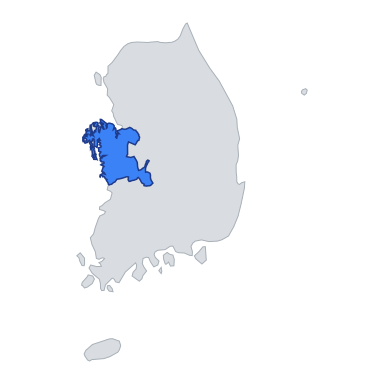 where South Chungcheong sits in South Korea
{"feature_id": "KOR-2502", "entity_name": "South Chungcheong", "entity_type": "Province", "adm_level": 1, "iso_a3": "KOR", "parent_name": "South Korea", "parent_adm1": "", "projection": "equal_earth", "projection_center": [126.614, 36.518], "detail": "fine", "context": "in_parent", "style": "filled", "palette": "blue", "viewbox_px": 384, "rotation_deg": 0, "n_neighbors": 0, "source": "natural_earth", "source_scale": "10m", "svg_char_len": 8959}
<svg xmlns="http://www.w3.org/2000/svg" viewBox="0 0 384 384"><path d="M106.5,74.6L107.9,73.5L108.0,71.8L108.0,66.3L112.1,62.5L117.9,54.7L120.7,50.4L123.9,46.5L127.7,43.8L131.4,42.5L137.1,42.0L148.2,42.5L150.4,42.1L158.1,41.6L159.9,42.4L165.5,42.8L171.8,42.3L174.9,41.1L177.8,39.2L180.3,35.7L182.8,29.1L185.6,24.0L187.2,23.0L198.8,50.4L209.8,68.2L219.2,81.0L232.7,105.9L236.8,119.2L237.3,127.4L239.6,138.8L237.8,145.3L238.5,155.6L237.7,160.9L236.1,164.8L236.2,172.3L236.7,176.3L236.8,181.7L237.9,183.7L239.4,184.5L241.8,182.6L244.8,181.8L244.4,188.2L241.0,204.4L238.0,216.3L233.8,226.6L228.5,236.0L222.0,239.7L217.5,241.1L208.8,241.6L201.5,239.9L195.3,241.1L192.8,243.1L191.0,246.5L192.4,251.7L192.2,255.6L189.6,255.3L184.3,253.0L178.4,252.7L175.7,251.6L172.9,246.1L170.1,246.3L165.2,249.6L157.7,250.3L155.0,252.1L154.1,254.4L155.2,257.3L159.0,261.1L157.8,265.0L153.8,266.9L150.6,262.1L148.6,257.5L146.4,257.2L143.0,258.5L142.3,263.6L143.9,267.0L146.6,271.0L142.9,275.6L141.9,278.8L139.3,281.2L132.1,276.0L133.1,272.3L136.2,268.7L136.6,265.0L135.6,262.8L125.3,272.1L119.0,282.7L115.6,281.9L114.2,279.2L112.2,278.1L105.4,284.9L104.1,290.4L101.6,290.6L100.5,288.3L100.4,283.4L99.3,279.2L92.2,273.2L89.0,268.0L90.7,265.0L96.6,266.6L101.3,266.4L100.4,263.9L98.9,262.7L102.0,261.3L104.6,258.5L102.4,257.7L99.1,259.3L96.4,258.5L95.3,251.7L92.0,244.6L90.3,237.8L93.6,233.8L95.2,227.7L98.3,218.9L99.8,216.0L104.1,214.0L105.6,211.7L103.2,210.5L99.5,209.5L99.6,206.9L102.2,205.5L105.0,202.7L110.4,199.3L112.1,192.9L110.5,191.3L107.1,189.8L107.9,186.5L109.3,184.0L108.8,182.6L104.8,178.4L102.1,174.6L102.9,170.2L102.3,163.7L102.6,158.2L102.5,155.2L100.5,148.5L99.6,141.8L97.1,142.8L95.0,144.4L87.6,142.1L85.2,141.9L84.3,137.0L87.0,130.8L93.3,125.4L96.9,124.8L99.6,122.4L103.9,121.6L109.0,125.3L113.5,126.0L116.1,132.4L117.6,133.7L118.0,131.4L121.7,128.6L122.5,126.6L121.7,125.5L117.5,124.3L113.7,116.5L113.1,113.1L111.7,110.9L113.8,104.6L109.4,97.5L107.2,95.2L107.6,88.8L105.3,84.7L104.0,82.5L103.2,78.6L103.9,76.9L105.9,76.2L106.5,74.6ZM91.8,359.6L89.7,361.0L87.7,360.1L87.2,359.5L84.8,355.8L84.1,353.9L85.8,350.4L92.4,344.5L109.4,338.9L112.5,338.7L119.3,341.1L120.7,345.6L119.5,349.5L117.9,352.1L110.1,356.5L104.0,358.6L91.8,359.6ZM206.3,260.1L201.9,264.0L195.8,258.8L194.4,255.9L198.9,251.7L202.8,246.9L205.3,246.6L206.3,260.1ZM174.3,259.6L173.9,265.8L170.5,266.1L168.5,262.1L166.4,264.1L165.3,264.1L163.6,259.2L163.3,255.3L167.2,252.4L169.6,254.2L173.0,255.1L174.3,259.6ZM87.5,287.0L84.5,288.0L82.7,285.8L81.6,285.2L82.2,282.4L87.2,276.8L88.2,274.9L92.7,276.0L94.4,279.0L92.3,283.5L87.5,287.0ZM101.2,77.4L101.0,85.5L98.4,85.2L96.7,84.4L95.9,82.8L94.2,75.2L96.1,72.1L99.9,74.6L101.2,77.4ZM84.6,264.3L84.0,265.8L81.9,265.4L79.8,261.1L78.9,257.6L76.8,255.8L80.2,252.8L84.5,258.1L84.6,264.3ZM96.3,154.3L95.7,158.3L92.6,155.6L91.7,146.8L94.9,149.4L96.3,154.3ZM306.4,93.3L304.3,95.1L301.7,93.3L301.4,91.4L302.7,89.7L305.7,88.7L307.2,90.1L306.4,93.3ZM112.2,288.7L113.0,291.7L109.1,291.1L107.1,288.2L107.4,285.8L109.6,285.4L112.2,288.7ZM161.8,271.6L161.2,273.6L158.8,270.6L161.2,267.4L161.8,271.6Z" fill="#d9dde1" stroke="#a8b0b8" stroke-width="1"/><path d="M114.9,182.0L113.9,182.3L113.0,183.0L112.2,183.8L111.3,184.3L110.2,184.5L109.2,184.9L108.5,184.5L108.3,184.1L108.2,183.5L108.0,182.8L107.6,182.1L106.8,181.0L106.4,180.2L107.0,179.6L106.7,179.3L105.5,178.8L104.4,176.8L103.6,176.4L102.9,176.8L102.7,176.8L102.6,176.1L101.6,175.4L100.6,175.5L100.4,176.7L100.2,177.1L99.9,176.8L100.1,175.0L101.7,174.1L103.1,173.6L105.1,174.2L104.4,173.0L104.0,172.5L103.4,172.1L103.1,172.0L102.7,172.3L102.5,172.1L102.1,171.7L101.8,171.2L102.8,168.3L103.4,167.1L104.1,166.6L103.6,165.9L101.6,165.2L100.8,164.8L101.6,164.1L103.6,163.6L104.1,163.0L103.8,162.1L103.0,161.9L101.5,161.9L101.2,161.7L100.6,161.0L100.2,160.6L100.2,160.2L100.8,160.2L100.1,158.8L101.0,158.3L102.0,158.0L102.9,156.6L104.8,156.0L105.7,155.5L103.0,155.5L102.3,155.9L101.3,157.5L100.6,157.6L100.1,157.0L99.7,155.9L99.4,154.7L99.4,154.0L100.4,152.8L100.9,152.0L100.7,151.7L99.8,152.0L99.4,151.6L99.0,151.4L98.8,151.3L98.6,150.8L98.8,150.2L98.8,149.7L98.5,148.6L98.2,148.1L98.2,147.9L98.9,147.8L99.8,147.4L100.8,147.4L100.9,146.7L101.1,146.0L100.8,145.5L100.2,145.3L99.4,144.5L99.9,143.8L100.6,143.2L100.1,142.4L99.0,142.2L98.8,141.1L99.1,140.4L100.2,140.2L99.6,139.4L99.4,139.0L99.3,138.5L98.9,138.8L98.2,139.6L97.5,140.0L97.3,140.4L97.3,140.8L97.7,141.4L97.7,142.4L97.4,143.6L97.6,145.3L97.1,146.6L96.7,147.2L95.8,146.5L94.9,146.4L94.0,145.8L94.2,142.5L94.5,141.3L93.9,141.0L94.1,139.4L93.6,138.8L92.9,138.9L92.4,139.7L92.3,140.7L92.0,141.4L90.9,141.5L91.3,142.4L92.2,143.9L92.5,144.9L92.0,145.3L92.1,145.9L92.8,147.0L92.1,147.1L91.5,147.5L91.0,148.0L90.6,148.7L90.6,148.2L90.6,147.8L90.4,147.4L90.3,147.0L90.9,145.5L89.6,143.1L90.0,141.9L89.6,140.2L88.8,140.7L87.5,142.4L86.6,142.7L86.1,142.8L85.6,143.0L85.1,143.1L84.5,142.7L84.2,141.9L84.1,141.3L84.4,141.0L86.3,141.0L86.8,140.7L86.8,139.8L86.3,138.8L85.5,138.4L84.8,138.2L84.2,137.6L83.9,138.4L83.8,139.9L83.5,140.6L83.0,141.2L82.8,140.7L82.9,139.1L82.8,137.6L82.9,137.2L84.1,135.6L84.4,135.0L84.5,134.2L84.7,134.8L84.9,135.4L85.1,135.9L85.5,136.4L85.7,136.1L86.0,136.2L86.8,136.4L86.3,135.6L85.8,134.7L87.1,135.1L87.7,135.0L88.0,134.2L86.8,134.1L86.1,133.8L86.0,133.0L86.8,131.7L85.7,130.8L85.8,129.9L86.6,129.2L87.8,128.8L87.5,130.3L87.6,130.7L88.2,130.8L89.4,130.8L89.7,130.6L90.0,130.0L90.1,128.6L90.0,126.8L90.2,125.2L91.3,124.9L91.1,125.7L91.2,127.1L91.4,128.4L91.9,130.1L91.7,130.6L91.2,131.2L90.9,131.7L90.9,132.3L91.2,133.2L91.3,133.4L91.0,133.7L90.0,134.5L90.0,135.0L90.2,135.6L90.4,135.9L90.8,135.7L91.6,134.9L92.1,134.9L93.5,135.9L92.5,133.7L92.2,132.3L92.7,131.7L93.4,132.7L93.9,133.0L94.1,132.4L94.3,132.1L94.8,131.9L95.7,131.7L95.7,131.3L95.4,131.2L94.5,130.8L94.5,130.5L95.6,130.2L96.3,129.0L96.4,127.6L96.1,126.6L95.7,126.5L94.4,126.5L93.8,126.2L93.4,125.6L93.2,125.0L93.5,124.8L94.1,125.3L94.4,124.4L94.1,123.8L93.4,123.6L92.5,123.7L92.9,123.2L93.3,122.8L93.8,122.7L94.3,123.0L94.7,123.4L95.1,123.5L95.3,123.3L95.1,122.8L95.1,122.4L96.8,122.3L97.7,122.6L98.0,123.4L97.8,124.0L97.3,124.5L97.1,125.2L97.3,126.2L97.8,125.8L98.3,125.5L98.7,125.5L98.9,126.0L99.0,126.4L99.2,126.8L99.3,127.2L98.8,127.9L98.6,128.3L98.6,131.1L98.8,131.9L99.1,132.4L99.5,132.6L99.6,132.4L99.8,130.8L100.7,127.9L100.9,126.4L101.1,126.1L101.7,126.5L102.5,127.4L102.8,128.1L103.1,128.7L103.4,129.1L104.1,129.1L104.1,128.8L103.7,128.3L103.3,127.0L103.0,126.4L100.1,123.2L99.9,123.0L100.1,122.4L100.5,122.4L100.9,122.9L101.7,123.9L102.1,124.3L102.6,124.5L103.2,124.5L103.6,124.2L103.6,123.8L103.3,123.4L102.7,123.2L101.8,122.8L100.8,121.8L100.4,120.4L100.3,119.4L101.1,119.4L101.9,119.8L102.5,120.4L104.4,121.8L104.7,122.2L105.4,122.7L106.1,123.1L106.6,123.9L106.4,124.8L105.9,125.3L106.0,125.8L106.5,126.7L106.5,127.3L106.4,128.3L106.9,127.9L107.1,127.5L107.2,127.0L107.0,125.4L107.2,124.9L107.9,123.5L108.7,123.2L109.4,123.2L110.3,123.3L111.1,123.6L112.3,123.9L113.1,124.5L114.1,125.6L114.2,126.9L113.4,129.6L114.0,129.2L114.9,128.0L115.3,127.9L115.7,128.4L115.9,129.3L116.0,131.1L115.9,131.5L115.7,132.3L115.7,132.8L115.8,133.3L116.2,134.0L116.6,136.0L116.4,136.5L115.7,136.8L115.8,137.3L116.0,137.6L116.3,137.9L116.7,138.1L116.9,136.7L117.4,135.9L117.6,135.0L117.2,133.4L118.2,133.7L119.2,133.8L117.6,131.9L117.1,130.9L118.0,130.5L118.9,130.3L120.9,129.4L121.8,128.7L124.0,129.2L125.9,129.2L129.8,127.4L131.8,128.4L133.6,130.0L135.8,130.3L136.2,131.2L136.7,131.9L137.4,132.2L138.2,134.0L138.8,134.4L138.7,135.7L139.1,136.1L139.4,136.7L139.6,137.4L139.4,138.1L139.2,138.8L139.0,140.0L138.8,140.4L138.3,140.6L137.9,140.5L137.5,140.9L136.5,142.8L135.2,144.8L128.5,141.9L127.5,145.1L127.6,154.5L126.9,155.3L126.5,156.6L130.8,157.5L134.0,156.5L136.5,160.7L137.3,162.5L137.6,167.0L138.6,170.4L140.9,169.8L142.9,168.1L143.6,167.9L144.8,166.8L145.5,164.1L146.1,163.1L146.3,161.6L147.0,160.7L147.7,160.1L148.4,160.4L149.0,160.6L148.8,161.7L148.1,162.3L147.6,163.3L147.2,164.3L146.1,166.3L145.5,168.8L145.5,170.5L145.6,172.2L147.1,171.9L148.5,172.4L150.0,173.3L150.5,175.2L150.4,177.3L150.8,179.5L151.8,181.3L152.9,183.1L151.7,184.3L150.6,185.4L149.2,185.8L147.8,185.8L146.8,186.1L144.1,185.7L143.9,185.2L144.2,184.5L143.9,183.9L143.3,183.7L141.8,182.9L139.6,178.8L138.1,177.4L137.3,178.2L136.7,179.3L135.7,179.5L134.4,180.1L131.8,180.6L130.5,181.2L129.1,181.4L128.1,179.8L128.5,177.0L126.8,176.7L121.9,178.3L119.2,178.9L117.0,179.2L114.9,182.0ZM95.8,156.4L96.1,157.5L96.7,158.6L97.0,159.5L96.6,159.3L94.5,159.4L93.8,159.3L93.7,158.4L93.9,158.1L94.3,157.7L94.5,157.2L93.3,157.9L92.8,157.6L93.0,156.7L93.8,155.5L93.5,155.1L92.8,155.9L92.6,155.3L92.1,155.6L92.4,154.1L92.2,151.9L92.0,150.5L91.5,148.7L91.9,148.2L92.8,147.4L93.6,147.0L94.3,148.1L94.4,148.5L94.2,148.9L93.8,149.2L93.8,149.7L94.6,151.6L94.7,152.2L94.5,152.7L94.8,153.1L95.3,153.5L95.7,154.2L94.7,154.2L94.7,154.6L95.1,154.7L95.7,155.1L95.6,155.8L95.8,156.4Z" fill="#3b82f6" stroke="#1e3a8a" stroke-width="1.5"/></svg>